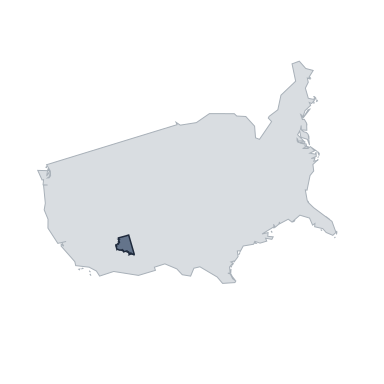 location of Coconino, Arizona, United States of America, rotated 345°
{"feature_id": "52423323B62960071172507", "entity_name": "Coconino", "entity_type": "district", "adm_level": 2, "iso_a3": "USA", "parent_name": "United States of America", "parent_adm1": "Arizona", "projection": "albers", "projection_center": [-112.498, 35.631], "detail": "fine", "context": "in_parent", "style": "filled", "palette": "slate", "viewbox_px": 384, "rotation_deg": 345, "n_neighbors": 0, "source": "geoboundaries", "source_scale": "gbopen_adm2", "svg_char_len": 5712}
<svg xmlns="http://www.w3.org/2000/svg" viewBox="0 0 384 384"><g transform="rotate(345 192 192)"><path d="M303.0,121.5L320.8,111.8L321.8,94.1L329.5,93.4L333.8,102.1L340.5,106.0L334.6,111.5L335.0,113.3L332.9,111.8L332.7,116.1L328.4,121.0L328.6,131.6L333.4,134.0L335.3,132.6L334.0,131.2L335.0,131.6L336.0,133.5L330.5,137.5L328.5,135.9L329.0,139.0L322.2,142.7L318.3,148.6L318.0,146.3L317.0,145.2L317.4,150.6L319.3,150.9L320.5,155.2L318.9,162.1L313.7,160.3L314.7,156.0L313.0,159.4L315.5,162.7L317.9,164.2L319.1,166.5L317.7,177.1L317.1,171.0L311.4,167.3L311.8,160.9L308.8,164.0L313.1,171.5L308.6,170.4L307.5,171.2L307.7,168.2L307.3,167.5L306.8,169.9L307.4,171.6L314.0,172.7L313.3,174.6L309.8,172.7L308.7,172.6L313.1,174.8L314.6,175.0L314.6,177.3L312.4,176.4L316.1,178.5L315.6,179.1L313.8,178.0L310.1,178.6L315.4,180.0L318.0,178.8L323.5,185.3L319.0,180.4L321.1,183.9L315.8,185.0L320.8,187.3L322.2,185.6L321.2,189.8L315.9,190.5L319.5,191.1L317.6,193.8L321.1,193.9L315.9,196.7L315.0,203.2L310.3,206.6L303.6,220.0L302.0,219.3L301.1,229.8L301.5,232.1L305.4,238.6L319.6,256.6L320.6,268.3L316.8,270.3L311.1,265.8L308.8,261.2L301.5,257.3L302.6,254.2L299.9,255.2L298.8,247.6L290.2,242.3L280.8,246.9L277.9,243.2L268.0,245.5L268.8,243.5L267.5,245.6L263.3,247.5L262.4,244.3L262.2,246.8L248.8,250.7L255.0,250.9L253.7,254.4L258.8,256.3L256.9,258.4L251.1,255.7L251.5,258.8L244.5,259.0L239.9,255.9L238.0,258.4L227.5,257.4L222.5,262.7L223.8,261.3L220.5,260.7L219.8,266.3L214.3,270.7L215.5,269.5L211.4,269.6L213.1,271.2L208.8,274.2L207.9,280.3L205.6,279.7L207.7,281.0L208.8,286.3L211.3,289.3L210.0,290.6L197.9,288.2L194.3,280.6L180.3,266.3L174.1,266.1L168.9,272.9L161.2,269.4L157.4,262.3L147.2,254.4L136.2,254.9L136.4,258.2L118.7,258.7L95.8,248.5L81.0,249.3L79.2,243.6L73.2,238.0L60.6,233.0L60.8,229.0L51.6,210.4L52.1,208.6L54.1,211.1L53.1,207.1L57.6,207.2L49.1,206.9L43.5,189.6L45.9,181.0L44.6,171.0L47.4,164.9L50.4,146.9L54.3,147.9L50.0,146.5L51.8,141.7L50.3,141.6L48.6,131.2L58.0,134.0L55.7,139.1L59.1,135.7L58.4,140.1L56.0,141.0L57.7,141.3L59.6,139.7L60.6,135.2L58.6,128.0L195.0,123.1L194.6,120.5L198.0,124.4L214.2,126.1L229.1,120.8L253.1,127.3L254.9,130.2L263.5,133.0L269.5,144.6L267.4,156.1L270.8,158.6L287.1,144.6L284.8,140.3L286.1,138.9L296.2,134.8L303.0,121.5ZM325.2,143.8L328.0,142.0L318.3,149.4L325.9,142.2L325.2,143.8ZM59.0,132.4L60.0,135.3L59.9,135.7L58.3,133.4L59.0,132.4ZM210.9,288.4L208.7,283.9L208.4,281.2L209.0,284.0L210.9,288.4ZM335.5,111.5L336.0,112.8L335.4,112.8L335.5,111.5ZM240.3,257.3L240.8,258.3L239.5,257.7L240.3,257.3ZM65.2,237.8L66.7,237.3L66.9,237.5L65.2,237.8ZM63.7,237.3L63.1,238.0L62.6,237.3L63.7,237.3ZM333.3,136.4L332.9,137.7L332.6,137.6L333.3,136.4ZM208.9,278.6L208.3,280.8L209.8,276.4L208.9,278.6ZM315.2,250.6L318.0,254.2L314.8,250.3L315.2,250.6ZM72.6,241.9L73.2,243.1L72.5,242.0L72.6,241.9ZM321.4,268.7L320.6,270.4L321.7,267.0L321.4,268.7ZM324.9,187.6L324.2,189.7L323.8,185.5L324.9,187.6ZM57.9,129.9L57.8,130.7L57.3,130.3L57.9,129.9ZM213.3,272.0L211.3,273.3L213.3,271.7L213.3,272.0ZM336.4,135.5L336.8,136.5L335.8,136.7L336.4,135.5ZM72.4,245.2L72.8,246.6L72.2,245.3L72.4,245.2ZM210.9,274.2L210.1,274.9L210.7,273.9L210.9,274.2ZM319.3,168.4L318.8,171.0L319.2,167.5L319.3,168.4ZM222.0,263.8L220.8,264.8L222.5,263.0L222.0,263.8ZM301.7,230.7L302.0,232.5L301.5,231.4L301.7,230.7ZM321.6,194.0L321.3,194.5L322.1,192.7L321.6,194.0ZM284.3,245.6L282.9,246.9L282.1,246.9L284.3,245.6ZM262.5,247.4L262.3,247.8L261.3,247.9L262.5,247.4ZM307.0,261.9L307.6,263.0L306.6,261.7L307.0,261.9ZM258.8,250.9L258.8,252.0L258.3,250.1L258.8,250.9ZM318.5,272.8L317.6,273.3L318.8,272.5L318.5,272.8ZM320.5,156.1L320.3,157.4L320.4,155.6L320.5,156.1ZM323.4,190.4L323.0,191.0L322.9,191.0L323.4,190.4Z" fill="#d9dde1" stroke="#a8b0b8" stroke-width="1"/><path d="M104.6,228.1L104.8,228.0L105.0,228.1L105.3,228.2L105.5,228.2L105.6,228.3L106.0,228.6L106.7,229.1L106.8,229.2L106.8,229.3L107.3,229.4L107.8,229.6L108.0,229.7L108.4,229.7L108.5,229.7L108.6,229.8L108.7,229.7L108.8,229.8L108.9,230.0L109.1,230.2L109.3,230.2L109.5,230.2L109.9,230.0L109.9,230.3L109.9,230.8L110.5,230.9L110.5,232.1L112.4,232.1L112.5,232.1L113.7,232.1L113.9,232.1L113.9,233.3L114.4,233.4L115.2,233.4L115.2,234.6L115.2,235.6L115.2,235.8L115.3,235.9L115.4,235.7L115.5,235.6L115.5,235.8L115.3,235.9L115.5,235.9L115.5,236.0L115.3,236.2L115.5,236.2L115.8,236.0L115.7,236.2L115.8,236.2L116.1,236.0L116.0,236.4L116.2,236.1L116.3,236.0L116.5,236.0L116.4,236.1L116.6,236.1L117.0,236.0L117.1,235.9L117.1,236.0L117.3,236.2L117.5,236.2L117.7,236.3L117.7,236.5L117.8,236.3L118.0,236.3L118.3,236.5L118.2,236.6L118.4,236.7L118.6,236.6L118.8,236.9L119.1,237.0L119.3,237.2L119.5,237.2L119.5,236.9L119.7,237.0L119.9,236.9L119.9,237.0L120.0,237.1L120.0,237.3L120.1,237.2L119.7,217.2L117.9,217.2L117.5,217.3L116.8,217.3L116.7,217.3L115.9,217.3L109.3,217.3L109.4,217.6L109.3,217.8L109.1,218.1L109.1,218.3L109.0,218.5L108.9,218.5L109.0,218.6L108.9,218.6L109.0,218.7L108.9,218.7L109.0,218.7L108.9,218.7L108.9,218.8L108.8,219.0L108.8,219.3L108.8,219.5L108.7,219.6L108.7,219.8L108.8,219.9L108.8,220.0L108.8,220.3L108.7,220.4L108.8,220.4L108.8,220.5L108.7,220.5L108.6,220.8L108.7,221.0L108.8,221.1L108.7,221.2L108.7,221.3L108.7,221.5L108.8,221.5L108.8,221.8L108.7,221.8L108.6,222.0L108.4,222.1L108.2,222.1L108.2,222.3L107.9,222.4L107.8,222.5L107.7,222.5L107.4,222.6L107.2,222.7L107.2,222.8L107.1,222.7L107.0,222.8L106.9,222.9L106.7,222.9L106.4,223.0L106.2,223.1L106.0,223.3L105.9,223.3L105.7,223.4L105.5,223.5L105.4,223.5L105.4,223.8L105.2,224.0L105.1,223.9L105.1,224.0L105.0,223.9L104.9,223.9L104.7,223.9L104.7,224.0L104.5,224.4L104.5,224.5L104.6,224.8L104.6,225.0L104.6,225.3L104.7,225.5L104.6,225.8L104.6,226.0L104.6,228.1Z" fill="#64748b" stroke="#1e293b" stroke-width="1.5"/></g></svg>